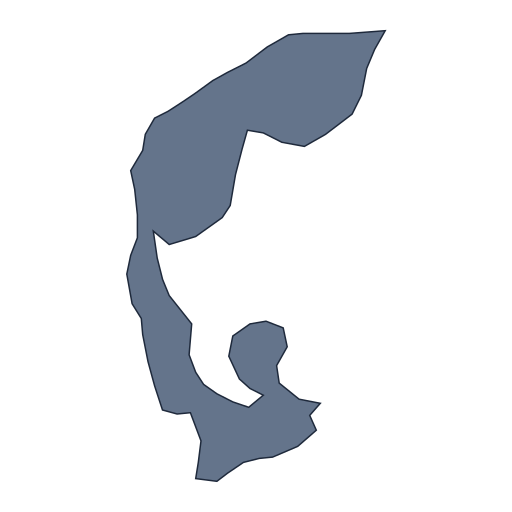 Santalaris, Cyprus
{"feature_id": "46923920B66935539070734", "entity_name": "Santalaris", "entity_type": "district", "adm_level": 2, "iso_a3": "CYP", "parent_name": "Cyprus", "parent_adm1": "", "projection": "natural_earth1", "projection_center": [33.807, 35.206], "detail": "fine", "context": "isolated", "style": "filled", "palette": "slate", "viewbox_px": 512, "rotation_deg": 0, "n_neighbors": 0, "source": "geoboundaries", "source_scale": "gbopen_adm2", "svg_char_len": 1091}
<svg xmlns="http://www.w3.org/2000/svg" viewBox="0 0 512 512"><path d="M320.3,403.3L299.1,399.2L279.2,383.1L276.6,365.6L287.2,346.8L283.2,327.9L266.0,321.2L250.0,323.9L232.8,336.0L228.8,356.2L239.4,379.0L250.0,388.5L263.3,395.2L248.7,407.3L232.8,401.9L216.9,393.8L203.6,384.4L195.7,372.3L189.1,354.8L191.7,323.9L169.2,295.6L162.6,279.5L157.2,258.0L153.3,231.1L169.2,244.5L195.7,236.5L222.2,217.6L230.2,205.5L235.5,174.6L242.1,149.0L247.4,130.2L263.3,132.9L281.9,142.3L304.4,146.4L325.6,134.3L352.1,114.1L361.4,95.3L366.7,68.4L374.6,49.5L385.2,30.7L349.5,33.4L328.2,33.4L303.1,33.4L288.5,34.8L267.3,46.9L246.1,63.0L227.5,72.4L212.9,80.5L194.4,93.9L182.4,102.0L167.9,111.4L154.6,118.1L145.3,134.3L142.7,150.4L130.7,170.6L134.7,189.4L137.4,214.9L137.4,224.4L137.4,237.8L130.7,255.3L126.8,274.1L132.1,303.7L141.3,318.5L142.7,334.6L148.0,361.6L154.6,385.8L162.5,410.0L177.1,414.0L190.4,412.7L201.0,440.9L198.3,462.4L195.7,478.6L216.9,481.3L227.5,473.2L243.4,462.4L259.3,458.4L272.6,457.1L297.8,446.3L316.3,430.2L309.7,415.4L320.3,403.3Z" fill="#64748b" stroke="#1e293b" stroke-width="1.5"/></svg>